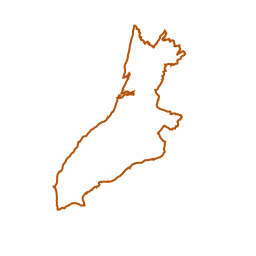 outline of Dundalk-Carlingford Lea-6, Louth, Ireland, rotated 115°
{"feature_id": "5873133B30233967473277", "entity_name": "Dundalk-Carlingford Lea-6", "entity_type": "district", "adm_level": 2, "iso_a3": "IRL", "parent_name": "Ireland", "parent_adm1": "Louth", "projection": "equal_earth", "projection_center": [-6.343, 54.045], "detail": "fine", "context": "isolated", "style": "outline", "palette": "amber", "viewbox_px": 256, "rotation_deg": 115, "n_neighbors": 0, "source": "geoboundaries", "source_scale": "gbopen_adm2", "svg_char_len": 5784}
<svg xmlns="http://www.w3.org/2000/svg" viewBox="0 0 256 256"><g transform="rotate(115 128 128)"><path d="M31.3,116.3L34.1,119.8L34.0,120.4L34.0,120.7L33.2,120.5L31.5,122.0L31.5,122.4L30.8,122.6L29.5,123.5L29.9,125.1L31.9,126.3L30.7,127.2L31.2,127.5L30.6,128.5L30.1,128.7L32.6,131.2L32.0,132.0L33.6,132.4L33.7,133.4L33.3,134.2L32.0,134.4L29.0,133.1L27.6,133.1L27.0,133.4L26.0,133.2L24.3,135.6L25.9,135.5L26.0,135.8L26.4,135.7L26.7,136.0L27.5,136.1L31.5,137.7L32.9,137.0L34.5,137.2L35.0,137.1L36.4,137.7L38.2,137.5L38.9,138.2L39.5,137.9L40.0,137.9L41.9,139.0L43.0,138.5L44.2,138.9L43.4,141.3L43.5,143.5L43.3,145.1L42.1,144.6L41.5,146.5L41.8,146.7L41.8,147.2L42.4,147.6L43.2,147.7L43.6,148.1L44.3,148.3L43.5,149.8L42.4,150.6L42.1,153.0L42.6,153.2L42.4,153.9L40.2,154.3L40.2,154.9L40.9,155.3L40.8,155.8L38.7,156.9L38.7,157.0L36.7,157.1L36.4,158.7L36.1,158.9L35.2,158.8L34.6,159.1L34.7,159.5L34.2,160.5L34.6,160.9L34.6,162.1L33.2,162.7L32.7,163.5L32.2,164.7L32.6,165.6L36.9,164.5L38.6,164.2L39.9,163.5L42.2,162.8L45.4,162.5L52.5,161.1L57.4,159.6L60.6,159.1L66.1,157.5L72.9,157.4L74.9,156.5L76.6,155.1L78.7,154.3L84.4,153.7L83.8,152.7L81.9,151.4L82.4,151.4L81.7,150.4L81.8,149.9L80.3,149.9L78.7,150.3L77.8,150.1L78.4,149.2L79.0,149.1L81.0,149.1L81.9,149.3L82.1,149.6L82.8,148.8L83.1,149.1L83.3,148.7L86.9,149.2L88.4,148.9L94.9,149.3L95.1,148.5L95.5,148.3L96.7,148.8L97.8,148.5L100.4,148.7L98.0,148.4L98.5,148.2L98.3,148.1L98.5,147.7L98.2,147.7L98.1,147.3L98.1,147.0L98.4,146.9L98.3,146.7L96.8,145.9L96.2,145.4L96.2,145.0L95.3,144.4L95.0,143.0L96.2,142.6L96.3,142.1L96.0,141.4L95.5,141.2L95.4,140.8L94.6,140.1L94.4,139.6L93.4,139.1L93.4,138.8L93.0,138.7L92.6,138.3L94.4,138.3L94.5,137.5L95.1,137.1L95.6,137.2L95.4,138.1L95.9,138.2L96.1,138.6L96.0,139.0L96.7,140.6L98.5,142.7L98.1,143.5L98.9,144.7L100.1,145.6L102.0,146.2L102.7,146.1L104.4,148.3L104.1,148.5L103.3,148.5L102.8,148.8L102.4,148.8L102.6,149.0L102.1,149.5L102.3,150.0L103.6,149.8L105.4,150.0L105.5,150.3L105.8,149.9L108.4,149.1L110.9,149.1L114.5,148.5L118.6,148.2L119.5,148.4L120.0,148.9L121.1,149.3L123.1,149.2L124.5,149.6L125.6,149.6L126.9,150.3L127.1,150.1L126.9,150.5L127.3,150.4L127.9,151.0L129.5,150.9L130.9,151.5L131.9,152.2L132.1,152.0L131.9,152.2L132.5,152.5L133.9,154.2L136.6,156.1L139.4,156.9L140.6,157.5L141.3,158.2L143.3,159.0L144.4,159.8L145.3,160.7L147.2,160.9L149.6,161.9L152.8,162.4L154.9,165.1L160.6,165.7L161.2,166.2L161.3,166.8L161.1,166.9L161.3,166.9L160.6,167.5L161.3,167.0L166.4,165.9L168.3,166.5L169.1,167.1L170.3,167.2L171.0,166.9L173.3,167.3L174.3,168.0L175.2,168.4L178.7,168.9L179.6,169.3L180.0,169.8L181.2,170.3L183.2,170.5L185.7,170.4L188.1,171.2L189.8,171.1L192.5,170.3L194.1,170.2L195.8,170.7L196.2,171.0L196.2,171.6L196.5,171.8L198.1,171.9L199.5,172.2L201.7,171.7L205.9,169.9L208.3,169.2L211.6,169.5L212.4,170.7L212.6,170.5L212.2,170.3L211.9,169.7L212.6,169.5L213.7,168.0L216.4,165.7L221.9,162.6L223.9,162.0L225.7,160.8L228.0,160.0L229.0,158.7L231.7,157.3L230.8,155.5L229.5,155.0L228.1,153.9L227.7,151.7L227.0,151.3L225.9,151.3L225.4,151.0L223.6,149.3L220.5,147.2L219.5,146.3L218.6,144.6L218.1,143.3L217.8,140.2L218.2,137.6L217.2,136.3L216.9,135.0L216.2,134.8L213.4,137.1L213.3,137.5L211.6,139.1L209.9,139.7L208.0,139.7L204.6,138.6L204.3,138.4L204.6,137.9L203.5,137.9L202.1,136.3L200.0,135.3L199.6,134.6L199.1,134.8L195.4,133.2L194.7,131.8L195.0,131.4L193.9,131.2L192.8,130.0L191.6,130.1L190.6,129.5L191.5,130.2L190.1,131.3L189.1,130.9L188.2,129.9L188.4,129.5L189.3,129.4L188.4,129.4L186.8,127.4L186.1,125.3L185.4,124.4L185.3,123.4L184.9,123.5L184.1,121.4L183.1,120.3L180.2,117.9L178.7,117.4L177.1,116.6L174.4,114.7L172.7,114.2L171.8,113.6L170.5,113.6L169.0,112.9L166.8,112.5L165.5,111.5L163.9,110.9L163.8,110.1L163.5,110.6L163.3,110.5L162.3,109.3L160.5,109.1L158.6,108.1L158.3,107.7L157.5,107.3L157.3,106.7L156.8,106.7L157.2,106.5L156.1,105.5L154.9,103.6L154.8,102.9L153.8,101.0L151.8,99.7L150.5,99.4L150.0,98.8L148.3,95.7L147.0,94.2L146.6,93.3L145.8,93.1L145.8,92.5L145.3,91.9L146.0,91.4L143.5,89.4L141.0,86.8L139.1,85.5L137.4,85.0L135.6,85.1L134.1,84.6L133.5,85.0L132.3,86.4L131.5,86.8L130.9,86.7L129.8,86.9L125.6,88.4L124.7,88.4L124.8,90.6L124.0,92.6L122.5,95.3L120.6,96.9L120.3,97.7L120.5,98.2L120.2,98.6L119.4,98.5L115.3,97.1L113.8,97.0L110.6,96.2L110.5,95.3L111.0,93.2L110.7,91.5L111.2,90.8L111.2,89.9L111.5,89.5L111.0,88.5L110.8,87.4L109.6,87.4L108.7,85.1L107.9,85.4L107.0,85.1L106.2,85.2L106.2,84.7L105.8,84.6L105.6,83.9L104.0,83.8L103.9,84.0L102.3,84.8L101.5,85.9L101.0,86.0L100.3,85.6L99.7,85.6L99.5,85.1L97.7,84.5L97.8,84.3L96.9,84.3L96.7,83.8L95.0,84.0L95.2,84.6L94.0,85.7L94.6,87.4L94.4,88.3L94.7,88.5L94.8,89.0L94.7,89.6L95.4,90.2L94.9,91.4L96.1,93.8L97.2,94.5L97.2,95.1L96.9,95.0L95.2,96.7L95.9,97.8L96.4,99.1L96.6,102.9L97.1,106.1L97.1,107.9L96.5,110.5L94.5,112.0L92.4,112.1L90.2,112.8L89.4,112.3L88.2,112.9L87.3,112.9L86.5,113.1L85.9,113.6L84.2,117.6L82.9,118.3L82.5,119.1L82.0,119.4L81.5,118.4L80.4,117.7L77.4,117.6L76.1,117.2L72.1,116.9L71.4,116.6L70.5,116.9L70.0,117.5L69.7,117.2L68.2,117.1L67.4,118.2L66.5,118.9L65.8,118.3L65.7,117.9L63.5,118.0L62.2,119.7L60.8,118.9L60.2,117.9L59.0,119.6L58.2,120.2L57.6,120.3L57.0,119.9L55.0,120.9L55.1,119.9L53.9,119.6L52.8,118.2L52.5,118.0L52.5,115.9L52.0,116.0L51.7,115.8L51.6,115.5L52.2,115.3L51.8,115.2L51.8,114.6L51.3,114.5L51.3,114.3L51.6,114.3L51.4,113.8L51.6,113.4L51.4,113.1L50.9,113.1L49.6,112.2L49.7,111.6L48.5,110.5L47.1,111.0L46.9,111.4L46.2,111.8L45.4,111.8L44.7,111.4L44.0,110.3L43.1,109.6L42.2,109.5L41.5,110.0L40.6,109.8L38.6,108.1L37.3,107.5L36.6,108.0L36.4,107.7L36.1,107.9L35.8,108.7L35.3,109.1L35.4,110.2L35.1,110.5L35.3,110.8L36.0,111.6L36.8,111.8L36.8,112.5L38.4,112.9L39.6,113.8L40.7,114.3L40.6,114.5L37.8,114.5L36.1,114.0L33.9,114.2L33.6,115.2L31.3,116.3Z" fill="none" stroke="#b45309" stroke-width="2"/></g></svg>